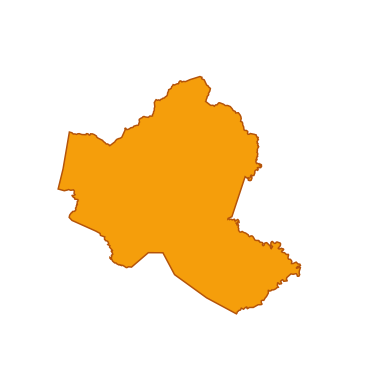 outline of La Pintada, Coclé, Panama, rotated 123°
{"feature_id": "35544464B73573459744927", "entity_name": "La Pintada", "entity_type": "district", "adm_level": 2, "iso_a3": "PAN", "parent_name": "Panama", "parent_adm1": "Coclé", "projection": "orthographic", "projection_center": [-80.565, 8.715], "detail": "fine", "context": "isolated", "style": "filled", "palette": "amber", "viewbox_px": 384, "rotation_deg": 123, "n_neighbors": 0, "source": "geoboundaries", "source_scale": "gbopen_adm2", "svg_char_len": 6042}
<svg xmlns="http://www.w3.org/2000/svg" viewBox="0 0 384 384"><g transform="rotate(123 192 192)"><path d="M109.2,223.5L108.6,229.9L107.8,229.9L106.7,230.4L104.9,230.7L103.6,231.3L102.1,231.0L101.4,231.0L100.3,231.9L97.7,232.0L95.1,233.0L94.9,235.0L94.3,236.1L94.3,238.0L91.3,242.8L91.7,245.4L91.2,245.9L90.4,246.1L90.8,248.2L98.9,254.9L102.9,257.5L104.0,259.5L105.2,260.4L104.9,261.6L105.3,262.5L107.1,262.8L108.1,262.3L108.7,262.4L109.2,263.3L111.8,265.0L112.2,266.3L113.2,266.1L114.8,266.4L116.4,265.9L117.9,266.6L118.9,267.3L120.2,266.7L122.2,266.4L124.1,265.5L125.2,265.5L127.2,266.3L128.0,266.3L129.4,267.6L130.3,267.8L131.5,268.7L132.7,268.8L132.9,270.1L133.9,270.9L134.1,272.4L135.3,272.5L136.3,272.3L137.4,272.4L140.8,269.6L142.4,269.2L144.0,268.1L145.8,267.9L147.1,267.2L148.6,267.3L149.7,266.6L150.4,267.2L151.2,268.7L153.2,269.3L154.4,271.8L154.8,273.4L155.6,274.1L156.8,274.3L158.2,275.2L159.8,275.8L160.7,275.3L161.9,274.1L163.3,274.0L164.4,273.5L165.4,273.5L166.2,274.7L168.5,276.6L170.1,276.8L171.3,278.2L173.8,279.3L174.9,280.3L175.2,280.8L174.6,282.4L175.0,282.8L175.4,282.8L176.3,281.9L184.2,280.7L185.9,281.4L187.0,282.5L188.8,283.7L190.7,284.1L191.9,284.0L197.8,286.1L198.1,286.5L197.6,287.3L197.7,289.0L198.4,289.9L198.4,290.5L198.0,291.8L197.9,293.8L197.4,295.1L198.0,300.6L197.8,301.9L197.1,302.6L197.1,305.3L197.5,307.2L198.5,308.8L199.6,308.6L200.1,308.9L200.2,309.6L199.9,310.8L200.3,312.0L200.8,312.4L201.5,312.1L201.9,312.5L203.8,315.7L204.5,318.4L205.4,319.5L206.6,320.2L207.0,321.7L208.0,323.2L207.7,325.0L208.5,327.5L242.9,312.7L262.4,305.9L260.5,299.8L258.1,297.5L257.2,296.9L256.6,294.6L254.8,292.6L255.0,291.7L255.6,291.0L257.4,290.2L258.0,288.6L259.1,289.2L260.1,290.6L260.4,290.6L261.1,288.4L260.7,287.5L261.8,286.4L260.5,283.6L261.5,282.7L262.6,283.0L264.1,282.0L264.8,282.0L265.0,281.4L265.6,281.6L266.0,281.3L266.4,281.5L267.7,280.8L269.0,280.9L269.4,280.3L270.2,279.7L271.0,279.9L271.4,279.8L272.4,280.2L273.1,281.3L273.8,281.6L274.5,281.4L275.3,281.9L278.0,282.0L280.2,281.2L281.2,277.2L277.2,251.6L276.8,246.5L278.0,245.5L278.2,245.0L277.2,240.7L278.0,240.5L279.4,239.5L279.4,238.7L279.9,238.1L279.4,236.8L279.5,235.4L280.6,233.8L282.0,234.0L281.7,231.7L283.1,231.2L284.4,226.8L284.9,226.8L285.3,227.5L285.6,227.5L286.5,225.5L287.5,224.5L287.9,224.5L288.5,225.0L289.1,225.0L289.8,224.2L290.9,223.9L291.3,223.5L291.6,223.7L291.5,225.2L292.1,224.9L292.6,223.3L292.3,222.4L293.2,220.9L293.6,218.3L292.9,217.0L293.2,216.4L293.0,213.7L292.4,213.2L292.5,212.3L291.9,212.0L292.1,211.0L291.2,210.1L291.2,206.0L290.7,205.3L289.3,204.5L287.9,201.8L266.7,195.6L258.8,183.3L270.8,161.6L272.8,122.1L270.0,88.4L269.4,88.3L267.8,88.7L266.4,88.2L265.8,88.2L264.6,87.1L262.6,87.4L262.2,84.9L259.7,84.3L258.7,83.5L258.9,82.9L259.7,82.4L259.6,81.9L257.6,81.0L255.4,77.7L250.5,75.1L249.0,72.9L248.3,72.3L247.8,72.3L247.1,73.6L245.5,74.6L244.5,74.1L243.8,72.8L240.7,72.9L239.3,72.6L235.3,72.9L233.0,74.4L232.7,74.1L232.9,73.2L232.7,72.8L231.6,71.9L230.9,71.9L229.6,70.3L228.6,69.6L227.5,69.0L226.0,68.7L224.9,67.7L223.9,69.6L221.6,70.7L221.3,70.3L221.7,68.6L220.3,67.1L219.8,67.1L218.6,69.1L216.3,68.4L216.2,67.9L216.9,66.4L214.8,63.9L214.3,64.1L213.9,65.2L212.2,65.9L206.8,64.4L205.9,62.3L204.3,60.8L203.7,60.0L204.0,59.2L205.2,57.7L204.9,57.1L204.3,56.5L202.6,56.7L201.7,57.9L200.0,58.9L196.4,59.9L196.4,60.9L198.8,62.4L199.0,62.8L198.8,63.1L197.1,62.9L195.5,61.4L194.6,61.0L193.8,62.2L194.6,63.9L194.1,66.5L197.0,68.3L197.8,69.6L195.8,70.5L195.3,71.4L194.9,72.8L195.7,74.4L195.3,75.3L194.3,76.0L192.2,76.7L191.9,77.2L193.0,78.9L192.5,81.3L193.2,82.8L193.3,84.3L191.9,84.6L191.7,84.1L190.9,83.8L190.2,83.9L190.0,84.3L190.6,86.5L191.8,87.2L192.4,88.2L192.4,88.9L191.9,89.1L189.6,88.7L188.6,88.8L187.2,89.5L186.8,90.3L187.6,93.5L188.3,94.0L189.5,94.0L190.0,94.5L190.2,95.5L189.7,97.5L190.2,98.1L191.5,98.2L193.1,97.3L194.0,96.3L194.0,95.8L193.7,95.2L194.0,94.7L196.4,94.7L196.4,95.1L194.7,97.0L193.8,101.7L194.2,102.3L195.5,103.2L197.3,102.6L198.0,102.8L198.3,103.3L198.0,104.1L197.5,104.4L196.6,104.4L196.1,105.3L196.2,106.0L197.1,107.5L196.8,107.8L196.8,109.0L196.4,109.2L196.4,109.8L197.8,112.0L198.0,113.1L196.4,116.1L196.1,117.4L196.6,118.6L198.1,119.4L198.0,120.6L197.3,121.5L197.2,124.6L197.7,126.4L197.8,128.5L198.8,129.0L199.5,129.8L198.9,131.9L198.4,132.4L197.4,132.7L196.3,134.2L194.8,134.6L194.7,135.3L195.1,136.4L194.2,137.3L194.1,137.9L193.6,137.5L193.4,136.3L192.4,137.3L191.7,137.1L191.6,136.2L190.7,137.0L190.1,138.4L190.2,138.8L191.7,139.4L192.1,140.1L192.9,140.0L192.7,140.7L191.9,141.3L191.8,141.7L193.5,143.1L193.5,144.3L194.2,145.2L194.8,145.6L194.4,146.7L195.2,147.1L194.5,147.4L191.0,145.1L150.2,155.8L150.3,153.0L149.4,152.7L149.2,151.7L150.8,151.7L151.3,151.4L151.4,150.9L150.9,149.5L149.9,148.8L147.6,149.3L146.5,150.4L147.5,150.7L147.7,151.1L146.9,151.6L145.7,151.6L145.5,151.4L145.7,150.5L144.4,149.1L141.6,149.7L141.2,150.3L139.7,150.7L137.6,149.7L138.1,148.9L137.7,148.7L136.8,149.0L135.9,150.3L135.6,150.1L134.2,147.7L132.8,147.6L132.6,148.2L133.0,149.4L132.6,149.3L131.8,148.3L131.4,148.6L131.4,149.8L132.1,150.7L131.7,151.2L132.2,151.7L132.3,152.9L132.9,153.3L132.4,154.3L131.9,154.6L131.4,155.3L130.5,155.3L129.9,155.9L129.6,155.7L129.6,155.1L129.4,155.1L128.5,156.3L127.9,156.3L127.5,156.7L126.4,156.3L125.5,157.2L124.3,157.5L123.5,158.4L123.4,159.1L121.7,159.6L121.3,160.2L119.5,160.7L117.8,160.7L117.8,161.3L117.0,161.8L117.0,162.4L115.4,163.1L115.5,164.0L114.8,164.3L114.4,164.9L112.0,165.0L112.1,165.4L111.5,165.5L111.4,166.0L110.2,166.2L110.2,166.8L110.6,167.0L110.4,167.9L109.2,169.2L109.2,169.7L109.5,170.0L109.6,170.9L111.2,175.0L112.2,175.3L113.1,176.4L112.6,177.4L111.1,178.0L110.8,178.5L110.8,180.0L111.5,181.0L111.5,182.3L109.2,184.2L108.2,185.9L106.6,187.1L106.0,188.1L106.3,189.7L103.5,190.8L102.1,192.2L101.2,193.7L100.3,196.3L101.9,198.4L100.9,199.5L101.2,201.9L100.3,203.7L99.5,206.4L100.0,209.2L101.4,211.2L101.2,213.3L102.1,217.4L102.8,218.2L105.2,218.5L106.2,219.7L107.9,220.0L107.8,221.6L109.2,223.5Z" fill="#f59e0b" stroke="#b45309" stroke-width="1.5"/></g></svg>